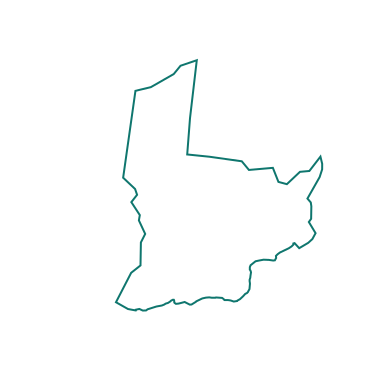 Salem, New Jersey, United States of America (Equal Earth projection), rotated 235°
{"feature_id": "52423323B39484776896839", "entity_name": "Salem", "entity_type": "district", "adm_level": 2, "iso_a3": "USA", "parent_name": "United States of America", "parent_adm1": "New Jersey", "projection": "equal_earth", "projection_center": [-75.458, 39.588], "detail": "fine", "context": "isolated", "style": "outline", "palette": "teal", "viewbox_px": 384, "rotation_deg": 235, "n_neighbors": 0, "source": "geoboundaries", "source_scale": "gbopen_adm2", "svg_char_len": 1549}
<svg xmlns="http://www.w3.org/2000/svg" viewBox="0 0 384 384"><g transform="rotate(235 192 192)"><path d="M78.4,181.1L79.5,183.4L83.3,186.6L84.0,187.1L85.8,188.0L86.0,188.1L87.1,188.9L88.3,190.5L89.9,191.9L92.4,194.3L94.3,194.9L95.2,194.8L97.3,196.3L98.4,198.0L98.8,204.3L97.5,207.4L95.5,211.8L92.3,216.0L89.3,219.2L88.5,220.7L89.7,223.1L91.5,224.1L91.9,226.4L92.0,229.3L90.4,239.0L90.3,242.3L90.7,244.8L91.7,245.5L91.3,246.7L84.5,247.6L83.7,258.0L84.4,263.6L87.4,269.6L100.4,270.5L101.7,274.2L111.9,281.6L115.3,283.3L120.4,282.8L131.0,305.1L135.9,311.6L140.4,314.8L147.3,317.5L141.9,300.2L146.6,292.0L144.0,274.2L150.7,268.6L165.4,272.1L177.4,251.3L188.6,250.4L210.9,226.5L225.5,209.6L253.6,232.7L297.2,271.5L302.0,255.0L299.1,244.7L301.5,218.4L307.3,203.7L243.2,143.8L227.1,147.1L221.2,145.4L218.5,136.5L203.0,136.0L199.2,132.2L184.5,129.6L180.0,121.2L161.4,107.7L160.7,95.8L145.3,66.5L133.8,72.0L132.9,72.4L127.3,77.9L127.2,78.1L127.4,78.3L127.8,78.5L126.4,81.8L123.1,83.7L121.3,86.5L121.4,88.3L118.6,97.2L118.1,98.3L116.3,102.2L115.7,104.8L115.7,106.3L114.9,108.7L114.8,111.2L115.0,112.6L114.7,114.6L114.1,115.3L112.8,114.9L112.1,114.3L111.2,114.1L109.6,114.7L108.3,117.0L107.8,118.3L106.1,122.9L102.5,124.8L101.0,125.6L100.1,127.1L99.8,132.2L100.0,132.7L98.9,139.4L97.5,142.8L95.8,145.7L94.0,147.6L92.1,150.3L91.9,150.7L91.9,151.1L88.0,155.9L86.2,156.5L84.9,156.6L82.5,159.9L80.9,161.5L78.3,163.4L76.8,166.5L77.0,166.9L76.7,169.9L77.3,174.1L78.0,177.2L77.7,179.0L78.0,180.5L78.4,181.1Z" fill="none" stroke="#0f766e" stroke-width="2"/></g></svg>